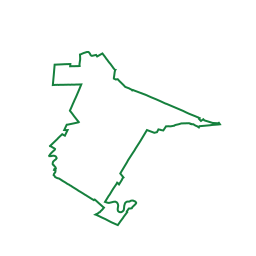 the district of Dumbraveni, Suceava, Romania, rotated 158°
{"feature_id": "2599482B38989463246300", "entity_name": "Dumbraveni", "entity_type": "district", "adm_level": 2, "iso_a3": "ROU", "parent_name": "Romania", "parent_adm1": "Suceava", "projection": "robinson", "projection_center": [26.435, 47.672], "detail": "fine", "context": "isolated", "style": "outline", "palette": "green", "viewbox_px": 256, "rotation_deg": 158, "n_neighbors": 0, "source": "geoboundaries", "source_scale": "gbopen_adm2", "svg_char_len": 5681}
<svg xmlns="http://www.w3.org/2000/svg" viewBox="0 0 256 256"><g transform="rotate(158 128 128)"><path d="M173.8,41.8L170.3,44.1L166.0,46.7L165.4,47.2L160.2,50.3L160.2,50.5L160.4,50.7L160.5,50.9L160.4,51.0L159.8,51.5L158.6,52.2L157.5,53.0L157.2,53.0L156.7,52.8L156.6,52.7L156.0,52.5L155.2,52.3L154.5,52.2L154.4,52.3L153.6,53.0L152.8,53.3L151.9,53.7L150.1,54.4L149.1,54.9L148.5,55.4L148.4,55.9L148.9,57.2L150.6,58.9L152.1,59.4L153.0,59.5L153.7,59.3L154.4,59.3L155.2,59.6L156.5,60.1L157.4,60.0L158.6,59.6L159.4,58.8L160.6,57.3L161.8,55.0L162.6,53.6L163.5,53.0L164.5,52.6L165.8,52.5L166.6,52.8L167.3,53.2L167.8,53.7L168.3,54.6L168.3,55.4L168.1,56.3L167.6,57.3L166.2,59.6L165.9,61.2L166.0,62.4L166.3,63.3L167.4,64.5L169.1,65.0L171.4,65.3L173.8,65.7L174.8,66.3L176.0,67.2L177.0,68.1L176.2,68.7L173.6,70.6L171.6,72.1L169.8,73.2L167.2,75.2L164.5,77.2L159.7,80.4L158.5,81.4L158.2,81.0L157.9,80.3L157.7,79.4L157.5,79.0L153.0,82.3L151.8,83.5L151.4,83.7L151.0,83.7L150.7,83.8L152.2,88.7L151.2,89.5L145.5,93.8L141.9,96.5L140.0,98.1L133.0,103.0L130.2,104.9L129.0,105.9L121.8,111.0L111.2,119.0L105.4,113.7L102.7,113.3L100.3,115.3L99.9,115.0L99.1,114.5L98.7,114.3L98.4,113.9L97.0,113.0L96.2,112.5L92.1,115.3L91.8,115.2L91.4,115.0L90.8,114.8L90.5,114.7L89.6,114.4L89.2,114.1L88.4,113.8L87.6,113.5L87.0,113.4L85.2,113.0L84.9,113.0L84.2,112.8L83.7,113.0L82.6,113.0L79.7,112.5L78.5,112.4L77.2,112.3L76.6,112.2L76.1,112.0L74.0,111.2L70.2,109.8L69.6,109.5L69.0,109.2L68.9,109.0L68.8,108.9L68.8,108.6L68.7,108.4L68.4,108.2L68.1,108.2L67.8,108.1L67.7,108.0L67.4,107.5L67.1,107.4L66.6,107.3L66.4,107.2L65.9,106.9L65.6,106.4L65.4,106.1L64.9,105.4L63.8,104.2L63.4,103.9L62.7,102.9L62.1,102.0L61.9,102.2L61.6,102.4L61.4,102.6L61.1,102.9L51.2,99.9L48.8,99.3L46.0,98.4L45.4,98.2L42.9,97.4L41.4,97.0L41.6,98.0L41.8,98.8L42.9,98.7L46.0,100.2L45.9,99.9L47.9,101.2L51.4,104.1L54.4,106.5L54.9,107.9L57.7,107.2L58.2,108.4L58.7,109.8L57.9,110.3L58.7,111.1L58.8,111.4L59.2,111.7L61.3,113.8L65.8,118.1L68.1,120.5L70.5,123.2L73.1,125.8L82.8,135.5L83.5,136.2L83.9,136.4L87.8,140.6L91.2,144.1L95.0,147.8L98.0,150.9L98.3,151.3L108.3,160.5L109.3,161.5L110.0,161.3L110.1,161.6L110.4,162.2L110.8,162.8L111.5,163.5L111.9,164.1L114.9,166.9L115.1,167.1L115.3,167.4L115.7,168.6L116.5,170.5L117.1,171.8L117.4,172.6L117.7,173.2L117.9,173.5L118.0,173.9L118.1,174.1L118.5,175.0L119.0,176.3L119.1,176.7L119.2,177.0L119.4,177.1L119.5,177.2L120.0,177.3L120.9,177.5L121.1,177.5L121.4,177.8L122.6,179.1L122.2,180.0L121.4,181.3L120.1,183.6L119.6,184.5L119.1,185.3L118.6,185.9L118.4,186.3L118.1,186.5L118.3,186.6L118.9,188.5L119.1,189.0L119.3,190.0L120.3,194.0L120.7,195.1L121.3,197.1L121.4,197.6L121.8,199.3L122.0,199.7L122.6,202.3L122.7,202.8L122.8,203.1L123.5,205.5L123.7,206.4L123.8,206.7L129.8,205.9L130.2,207.7L134.4,208.4L134.8,208.7L135.1,209.1L135.4,209.9L135.4,210.6L135.5,211.5L135.9,212.6L136.1,213.2L136.9,213.6L137.4,213.8L138.0,213.9L139.7,214.0L140.4,214.1L141.3,214.1L142.5,214.1L144.4,214.0L145.0,214.1L146.1,210.9L146.4,210.1L146.6,209.7L146.8,209.2L147.9,207.4L148.8,205.8L149.1,205.3L149.2,205.0L149.6,203.6L151.2,204.1L156.6,206.2L158.5,206.9L157.5,208.9L162.6,210.8L165.5,211.8L172.3,214.2L177.0,204.9L181.6,196.0L180.9,195.8L180.2,195.5L179.7,195.4L178.2,194.8L177.3,194.5L176.4,194.1L176.2,193.9L175.3,193.7L173.5,193.0L171.5,192.2L171.0,192.0L168.9,191.2L167.3,190.6L166.5,190.3L166.3,190.2L165.7,189.9L164.7,189.5L164.4,189.5L161.8,188.4L161.0,188.1L159.7,187.7L158.0,187.0L157.7,186.9L157.1,186.7L156.4,186.4L155.0,185.9L158.2,182.6L159.5,181.3L163.3,177.5L165.9,175.0L166.8,174.2L167.5,173.5L168.1,172.9L169.9,171.2L171.8,169.3L172.5,168.6L175.1,166.1L175.4,165.8L174.5,162.8L173.9,160.6L173.8,160.0L172.4,155.1L171.7,152.9L171.4,151.9L171.7,151.8L176.0,152.5L182.1,153.6L183.6,154.0L187.9,150.0L186.4,149.3L184.8,148.7L188.1,145.7L189.4,144.5L189.6,144.7L189.8,145.1L190.3,145.5L190.5,145.7L190.8,146.3L191.3,146.9L196.6,144.8L197.5,144.3L207.1,140.5L207.1,140.4L206.7,140.2L206.3,139.7L205.8,139.2L205.4,138.5L205.0,138.0L204.3,137.2L204.1,136.9L203.9,136.5L203.6,136.1L203.5,135.9L203.7,135.6L203.9,135.4L204.4,135.1L204.8,134.9L205.9,134.6L208.4,133.6L209.0,133.3L209.1,133.2L210.0,132.8L210.3,132.6L210.9,132.1L211.3,131.9L211.5,131.8L211.5,131.4L210.1,130.8L207.8,130.4L206.4,129.6L205.6,128.6L205.4,127.5L205.5,126.7L206.6,126.0L208.2,125.6L209.5,125.1L210.3,124.6L211.1,123.4L211.4,122.6L211.2,121.8L210.6,121.0L210.6,120.4L210.0,119.0L210.0,117.5L210.8,116.8L211.6,117.5L212.3,116.8L211.4,116.1L211.2,115.5L212.0,114.3L213.8,113.2L214.6,112.2L214.4,111.8L214.1,111.1L214.1,110.9L214.0,110.4L214.0,110.2L213.9,109.8L213.6,109.5L213.4,109.2L212.7,108.4L212.4,108.1L212.2,107.9L211.0,107.1L210.9,107.0L210.1,105.9L209.5,105.1L209.4,104.8L209.0,104.4L208.9,104.1L208.6,103.8L208.6,103.7L208.4,103.4L207.9,102.8L206.3,100.7L205.2,99.0L204.9,98.7L204.7,98.4L204.5,98.2L204.3,97.9L203.9,97.6L203.3,96.6L203.2,96.4L202.8,96.0L202.6,95.8L202.3,95.4L201.7,94.4L199.2,91.0L197.9,89.2L197.7,88.8L197.2,88.1L196.9,87.7L196.4,87.1L195.5,85.9L194.1,84.0L193.2,82.7L193.0,82.4L191.8,80.9L191.1,79.8L190.5,79.1L190.2,78.6L190.0,78.4L189.6,77.8L188.0,75.6L187.2,74.6L187.0,74.3L186.7,73.9L186.0,74.2L185.9,74.2L185.7,74.2L185.5,73.9L185.3,73.6L184.6,72.1L184.0,70.9L183.4,69.6L181.7,66.2L180.9,64.6L180.6,64.0L180.1,63.2L180.4,63.0L180.6,63.0L180.8,62.9L181.7,62.3L182.0,62.2L183.2,61.6L184.2,61.3L184.4,61.2L185.4,60.6L185.6,60.5L185.8,60.5L186.3,60.6L186.5,60.5L187.3,60.3L188.0,60.1L188.3,60.0L188.6,60.0L188.9,60.0L189.5,60.0L190.0,60.0L190.6,59.9L190.0,59.4L188.0,57.3L186.4,55.5L185.4,54.4L183.2,52.1L180.5,48.9L178.6,46.7L175.1,43.1L174.5,42.5L173.8,41.8Z" fill="none" stroke="#15803d" stroke-width="2"/></g></svg>